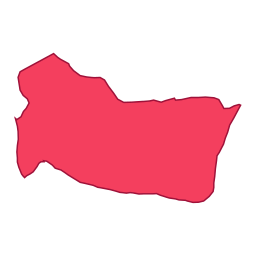 the district of Pategi, Kwara, Nigeria
{"feature_id": "59680162B29829764060990", "entity_name": "Pategi", "entity_type": "district", "adm_level": 2, "iso_a3": "NGA", "parent_name": "Nigeria", "parent_adm1": "Kwara", "projection": "mercator", "projection_center": [5.775, 8.653], "detail": "fine", "context": "isolated", "style": "filled", "palette": "rose", "viewbox_px": 256, "rotation_deg": 0, "n_neighbors": 0, "source": "geoboundaries", "source_scale": "gbopen_adm2", "svg_char_len": 1622}
<svg xmlns="http://www.w3.org/2000/svg" viewBox="0 0 256 256"><path d="M24.6,177.6L26.7,175.7L30.1,173.9L33.2,171.8L37.0,166.6L38.8,163.4L40.7,161.9L42.8,161.7L44.0,161.7L43.6,160.7L46.7,161.2L49.4,163.0L52.4,165.1L55.2,168.2L61.0,170.0L64.9,172.6L68.1,174.9L80.3,182.4L80.5,182.4L84.7,183.3L93.2,185.3L97.8,187.3L99.9,187.6L102.0,188.0L110.3,189.6L115.4,191.0L120.0,192.4L122.3,192.6L126.4,193.1L130.1,192.6L133.1,192.9L138.9,194.0L143.5,193.8L148.5,193.8L152.5,193.8L156.6,193.6L160.3,195.2L165.4,196.8L165.9,197.0L169.3,198.0L175.5,198.9L179.0,199.9L185.4,200.3L187.3,201.0L193.0,202.4L198.6,202.2L203.6,201.0L204.7,200.2L205.0,199.9L209.2,196.4L213.1,191.5L213.6,188.5L213.8,187.5L213.8,182.9L214.7,176.6L215.4,168.6L216.5,160.7L217.0,155.8L219.3,152.3L221.2,148.6L223.5,144.2L225.3,138.1L227.6,132.3L229.7,125.0L233.6,118.3L240.6,105.2L239.1,104.5L236.2,105.3L234.1,105.9L229.5,108.3L223.9,108.5L222.5,105.9L218.8,99.6L217.6,99.1L214.0,97.8L205.5,97.1L198.1,97.5L191.0,97.5L181.5,99.6L175.5,100.1L174.4,98.2L165.6,100.6L161.2,102.2L153.6,100.1L149.5,101.0L143.2,101.5L142.6,101.5L131.7,102.2L123.7,102.4L117.7,99.2L113.7,93.3L108.4,86.3L104.5,80.0L100.1,77.5L94.7,77.7L94.2,77.7L91.5,77.5L86.8,77.0L85.8,76.8L80.1,75.6L73.6,70.7L69.7,66.3L68.6,63.7L65.3,61.9L60.5,59.3L58.6,58.0L57.7,57.4L53.6,53.6L25.1,69.0L20.1,71.8L18.1,77.3L20.1,90.1L23.2,95.4L27.3,98.8L29.1,103.0L26.2,108.4L23.5,111.4L21.0,116.8L16.8,119.6L15.4,118.4L17.4,126.2L18.1,131.5L18.3,139.3L17.4,145.5L16.9,151.9L17.3,156.9L17.4,157.9L17.4,162.1L18.8,167.1L21.6,174.0L23.0,175.9L24.6,177.6Z" fill="#f43f5e" stroke="#9f1239" stroke-width="1.5"/></svg>